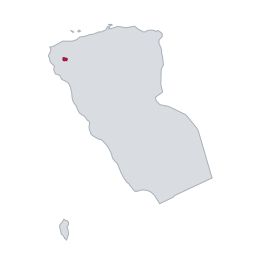 Hayfan, Ta`izz, Yemen (highlighted), rotated 84°
{"feature_id": "15242507B40276066562734", "entity_name": "Hayfan", "entity_type": "district", "adm_level": 2, "iso_a3": "YEM", "parent_name": "Yemen", "parent_adm1": "Ta`izz", "projection": "equal_earth", "projection_center": [44.261, 13.291], "detail": "fine", "context": "in_parent", "style": "filled", "palette": "rose", "viewbox_px": 256, "rotation_deg": 84, "n_neighbors": 0, "source": "geoboundaries", "source_scale": "gbopen_adm2", "svg_char_len": 3323}
<svg xmlns="http://www.w3.org/2000/svg" viewBox="0 0 256 256"><g transform="rotate(84 128 128)"><path d="M206.6,104.4L197.9,108.6L195.6,110.5L193.5,112.7L192.0,115.6L191.0,120.6L191.9,125.2L191.8,127.7L189.6,129.3L187.5,130.5L185.1,132.3L183.7,132.8L182.5,134.2L181.2,135.2L176.3,137.8L171.0,139.8L162.5,142.2L159.2,144.8L156.2,146.6L151.6,147.2L145.4,149.6L142.0,151.6L137.7,154.9L136.7,155.9L136.0,158.3L134.6,160.4L132.1,163.7L130.1,165.5L128.8,165.6L126.3,166.5L123.3,166.7L118.2,165.5L116.9,166.4L115.9,167.7L112.0,170.0L108.1,174.6L105.2,175.9L100.5,177.3L97.2,179.3L95.0,180.0L92.2,180.4L87.0,180.3L82.0,180.9L77.4,182.3L75.2,184.7L72.8,188.7L68.7,190.3L67.8,191.7L66.6,194.6L63.9,195.4L61.6,195.8L59.2,194.6L54.6,198.1L52.9,198.7L50.3,198.8L48.4,199.5L47.1,199.3L45.4,198.0L41.9,196.3L39.3,197.4L39.1,194.1L34.8,184.0L35.7,175.2L35.7,173.9L34.9,170.0L32.4,166.4L32.4,161.9L31.6,158.6L30.9,155.3L31.1,154.4L31.2,153.6L29.9,148.4L29.5,147.4L29.3,146.3L29.7,145.5L29.7,144.6L29.0,143.0L28.3,140.0L24.9,137.6L25.6,135.4L26.2,136.2L27.2,136.9L27.3,135.4L27.4,134.4L25.9,127.7L28.1,118.9L27.4,110.9L30.7,107.7L31.5,106.7L32.0,105.9L32.8,104.1L33.8,103.5L34.2,101.6L34.1,100.6L33.5,99.8L33.0,97.6L33.1,94.7L33.3,93.6L33.7,91.4L34.8,90.6L35.1,90.0L34.2,88.6L34.3,87.8L36.2,85.5L37.0,84.8L38.2,84.1L39.2,84.1L40.3,84.5L41.4,85.2L42.3,86.3L43.4,87.7L44.9,88.2L46.0,88.0L46.9,88.6L47.7,88.3L48.5,87.6L49.8,87.7L51.1,86.9L54.5,86.5L57.9,86.7L61.3,86.1L64.8,86.2L68.3,86.2L69.1,86.3L69.9,86.7L72.8,88.7L75.1,89.1L79.6,89.7L84.4,90.3L88.5,90.8L92.1,90.3L95.0,89.9L95.8,90.0L96.7,91.2L98.5,94.4L100.1,97.3L103.1,97.4L104.9,96.3L107.0,94.8L108.2,93.6L109.7,88.8L110.6,85.7L112.7,82.2L114.5,79.3L116.9,75.5L118.2,73.4L120.8,69.2L123.2,67.5L128.0,64.4L132.7,61.3L135.8,59.3L138.4,58.4L142.7,57.6L147.9,56.6L153.0,55.7L158.5,54.7L164.6,53.6L168.7,52.9L174.1,51.9L178.5,51.1L182.4,50.4L186.5,49.6L187.3,52.0L188.1,54.3L188.9,56.6L189.7,58.9L190.5,61.3L191.3,63.6L192.1,65.9L192.9,68.2L193.7,70.6L194.5,72.9L195.3,75.2L196.2,77.6L197.0,79.9L197.8,82.2L198.6,84.6L199.4,86.9L200.2,89.2L201.4,89.9L202.2,92.1L203.3,95.2L204.4,98.3L205.5,101.3L206.6,104.4ZM219.9,198.8L220.9,199.1L222.6,198.3L227.3,198.2L233.0,200.8L232.0,201.5L231.3,202.5L228.8,203.3L226.4,205.4L219.2,206.4L217.0,205.8L215.3,203.8L212.0,201.3L213.3,199.7L213.5,198.9L214.0,198.2L215.8,197.0L217.6,197.2L219.9,198.8ZM27.1,167.3L26.8,167.8L26.5,167.7L25.4,166.5L26.6,165.1L27.3,166.4L27.1,167.3ZM23.7,136.0L23.1,136.5L23.0,135.6L23.3,133.5L23.9,132.9L24.3,134.5L24.0,135.3L23.7,136.0ZM26.5,173.6L25.3,174.4L26.1,172.5L26.9,172.1L27.2,172.2L26.5,173.6Z" fill="#d9dde1" stroke="#a8b0b8" stroke-width="1"/><path d="M52.2,183.5L52.1,183.8L51.9,183.9L51.8,184.0L51.7,184.0L51.6,184.3L51.6,184.5L51.5,184.8L51.5,185.0L51.8,185.1L52.0,185.1L52.3,185.2L52.5,185.2L52.8,185.2L53.0,185.2L53.1,185.3L53.3,185.4L53.5,185.3L53.7,185.2L53.8,185.0L54.0,184.9L54.2,184.7L54.2,184.4L54.2,184.2L54.3,184.0L54.3,183.9L54.2,183.7L54.2,183.4L54.0,183.2L54.0,182.9L54.1,182.7L54.2,182.4L54.0,182.5L53.8,182.5L53.7,182.7L53.4,182.6L53.3,182.4L53.2,182.3L53.2,182.2L53.2,181.9L53.2,181.7L53.2,181.4L52.9,181.4L52.9,181.6L52.9,181.8L52.8,182.0L52.7,182.0L52.6,182.3L52.4,182.5L52.2,182.5L52.2,182.8L52.3,183.0L52.2,183.3L52.2,183.5Z" fill="#f43f5e" stroke="#9f1239" stroke-width="1.5"/></g></svg>